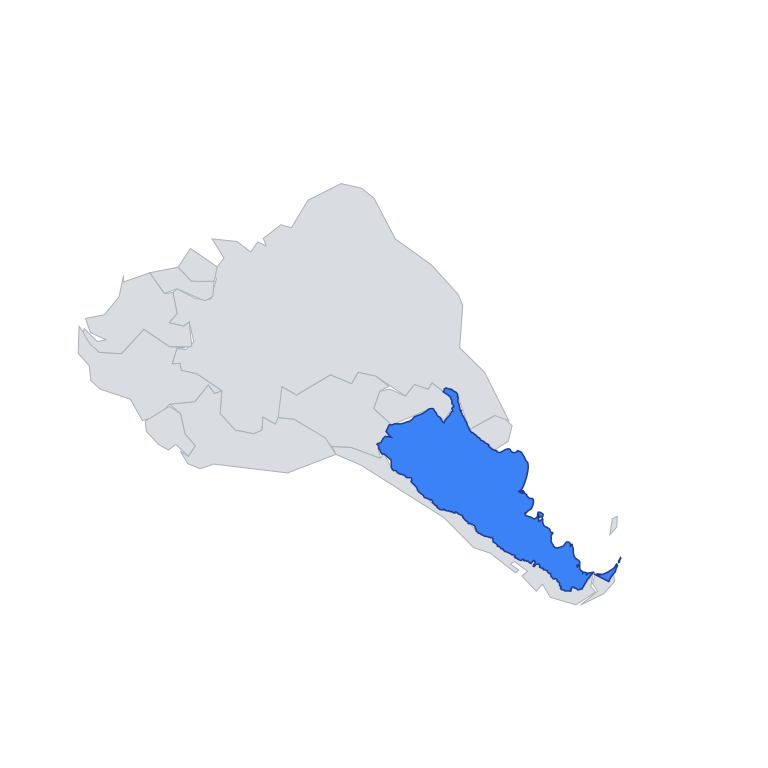 Argentina on a map of South America (Equal Earth projection), rotated 298°
{"feature_id": "ARG", "entity_name": "Argentina", "entity_type": "country or territory", "adm_level": 0, "iso_a3": "ARG", "parent_name": "South America", "parent_adm1": "", "projection": "equal_earth", "projection_center": [-65.46, -38.417], "detail": "fine", "context": "in_parent", "style": "filled", "palette": "blue", "viewbox_px": 768, "rotation_deg": 298, "n_neighbors": 12, "source": "natural_earth", "source_scale": "50m", "svg_char_len": 9890}
<svg xmlns="http://www.w3.org/2000/svg" viewBox="0 0 768 768"><g transform="rotate(298 384 384)"><path d="M314.9,659.8L315.2,675.3L324.5,675.5L318.0,680.3L302.2,676.6L281.0,661.2L301.3,669.8L305.7,661.8L314.9,659.8ZM304.5,367.6L312.5,384.3L316.8,415.7L322.5,416.7L313.0,430.5L314.0,451.7L305.1,465.4L299.8,490.7L304.9,515.0L297.0,535.7L299.3,551.4L291.9,581.4L298.2,601.3L292.6,627.7L286.7,635.7L296.2,655.3L315.2,657.4L302.5,661.6L299.5,668.3L279.1,657.1L273.7,631.0L281.6,617.9L272.5,615.7L279.2,596.0L286.0,598.8L288.5,582.4L284.3,580.3L282.9,590.2L279.0,589.1L284.5,557.2L281.6,539.9L294.1,499.8L301.5,402.4L299.3,374.6L304.5,367.6Z" fill="#d9dde1" stroke="#a8b0b8" stroke-width="1"/><path d="M356.9,654.2L372.2,648.8L376.6,652.0L367.0,656.7L356.9,654.2Z" fill="#d9dde1" stroke="#a8b0b8" stroke-width="1"/><path d="M383.9,480.8L408.2,496.6L411.7,502.5L407.2,516.7L391.7,520.6L377.8,512.6L383.9,480.8Z" fill="#d9dde1" stroke="#a8b0b8" stroke-width="1"/><path d="M410.2,511.4L408.2,496.6L383.9,480.8L410.9,451.9L411.3,444.8L404.8,441.4L407.5,426.0L400.1,425.5L397.8,411.1L383.4,408.7L387.0,373.0L382.2,355.8L369.0,355.4L366.9,332.5L333.1,312.0L333.6,295.2L313.3,306.9L297.5,306.8L297.9,292.6L286.1,297.9L278.9,292.4L273.4,274.3L281.0,253.2L301.8,244.0L305.1,214.2L300.9,198.5L306.5,194.3L302.3,187.5L318.2,184.4L321.5,193.0L332.1,196.2L347.3,182.9L341.0,180.1L337.2,165.5L349.2,168.1L365.7,154.7L370.9,156.5L371.0,177.7L377.6,191.2L398.8,186.5L398.9,180.0L420.1,183.6L431.4,164.1L440.8,187.3L438.0,204.3L450.3,205.8L450.5,215.2L455.9,209.1L476.2,218.2L478.4,228.9L510.5,230.6L540.8,252.0L546.4,272.6L543.3,288.0L517.4,325.9L511.4,370.2L497.9,407.3L490.4,416.6L451.5,433.8L441.6,467.3L410.2,511.4Z" fill="#d9dde1" stroke="#a8b0b8" stroke-width="1"/><path d="M304.6,306.3L333.6,295.2L333.1,312.0L366.9,332.5L369.0,355.4L382.2,355.8L387.0,373.0L384.3,389.4L375.8,383.8L357.7,386.4L351.4,410.1L342.7,407.8L340.0,415.0L327.3,406.3L316.8,415.7L312.5,384.3L304.5,367.6L310.6,321.2L304.6,306.3Z" fill="#d9dde1" stroke="#a8b0b8" stroke-width="1"/><path d="M301.8,244.0L281.0,253.2L273.4,274.3L278.9,292.4L286.1,297.9L297.9,292.6L297.5,306.8L304.6,306.3L310.6,321.2L308.8,357.7L299.3,374.6L260.2,340.6L233.3,271.2L222.8,261.3L221.6,248.1L229.2,235.6L228.3,245.2L240.9,246.3L246.4,231.8L262.3,218.3L265.4,204.1L279.6,225.3L300.7,229.2L296.2,238.8L301.8,244.0Z" fill="#d9dde1" stroke="#a8b0b8" stroke-width="1"/><path d="M322.9,191.8L318.2,184.4L302.3,187.5L306.5,194.3L300.9,198.5L305.1,214.2L301.8,244.0L296.2,238.8L300.7,229.2L279.6,225.3L265.4,204.1L249.2,199.9L238.3,187.7L251.4,167.4L246.3,135.7L249.3,123.6L261.9,115.0L267.4,99.7L291.7,87.7L278.3,117.7L287.5,137.9L319.6,146.3L316.3,177.1L322.9,191.8Z" fill="#d9dde1" stroke="#a8b0b8" stroke-width="1"/><path d="M365.7,154.7L349.2,168.1L337.2,165.5L341.0,180.1L347.3,182.9L326.7,196.8L316.3,177.1L319.6,146.3L287.5,137.9L278.3,117.7L281.2,105.6L287.7,94.8L292.2,93.2L286.9,111.0L292.5,117.8L291.6,100.7L301.8,89.6L313.8,104.6L336.7,109.1L357.5,103.1L351.6,105.9L372.3,125.0L360.9,147.6L365.7,154.7Z" fill="#d9dde1" stroke="#a8b0b8" stroke-width="1"/><path d="M395.0,185.7L381.0,191.7L373.3,186.8L370.9,156.5L360.9,147.6L372.3,125.0L390.6,147.5L384.4,165.4L395.0,185.7Z" fill="#d9dde1" stroke="#a8b0b8" stroke-width="1"/><path d="M409.1,181.8L395.0,185.7L387.6,172.2L384.4,165.4L390.6,147.5L412.8,149.5L409.1,181.8Z" fill="#d9dde1" stroke="#a8b0b8" stroke-width="1"/><path d="M263.5,205.0L262.3,218.3L246.4,231.8L240.9,246.3L228.3,245.2L232.9,228.6L224.5,224.7L224.7,213.5L230.6,196.4L239.2,190.6L263.5,205.0Z" fill="#d9dde1" stroke="#a8b0b8" stroke-width="1"/><path d="M382.2,391.3L383.4,408.7L397.8,411.1L400.1,425.5L407.5,426.0L403.4,449.2L397.2,456.0L378.0,453.7L383.9,436.2L351.4,410.1L357.7,386.4L375.8,383.8L382.2,391.3Z" fill="#d9dde1" stroke="#a8b0b8" stroke-width="1"/><path d="M384.0,480.5L382.2,484.0L382.5,485.1L382.5,486.4L381.9,487.4L382.1,488.5L381.9,489.3L380.8,491.9L381.2,492.9L380.8,494.2L379.8,495.6L379.9,497.8L380.2,498.4L379.4,501.1L379.7,504.5L379.1,505.5L378.3,505.4L378.0,505.8L377.1,510.5L378.0,515.0L377.1,515.8L377.4,517.2L378.5,519.1L383.1,522.0L384.6,523.4L385.4,524.9L385.5,526.1L384.2,527.9L384.0,529.4L384.6,531.4L385.8,532.7L386.6,533.2L387.8,533.1L388.0,533.5L388.2,536.4L388.2,537.3L387.8,538.2L385.3,542.3L383.3,544.8L382.6,546.1L382.3,547.6L381.6,548.3L378.2,550.5L373.0,552.4L367.8,553.8L359.8,555.0L356.8,555.1L355.2,554.8L353.9,554.4L353.1,553.6L352.2,553.5L352.0,553.9L352.4,555.0L352.2,556.3L352.4,557.1L353.9,558.2L353.1,558.2L353.7,558.9L353.4,561.8L352.4,562.4L351.6,564.9L351.5,566.1L351.7,567.0L352.5,568.7L352.2,569.9L351.6,570.5L348.1,572.2L344.0,572.6L343.1,572.6L339.4,570.7L336.5,569.9L336.8,569.4L336.4,569.2L335.1,569.8L334.7,570.4L334.6,572.2L335.4,575.9L335.5,577.3L335.2,579.1L335.6,580.2L337.8,581.5L338.4,581.4L338.5,581.5L338.1,582.2L338.2,582.7L339.1,582.8L341.0,582.5L341.3,581.5L340.1,581.4L340.2,581.1L342.9,580.3L343.6,580.9L343.9,581.6L344.1,582.6L343.9,584.9L343.5,585.8L341.4,586.4L340.8,586.2L339.6,583.9L338.7,583.5L337.7,583.6L336.7,584.4L335.7,584.7L335.4,585.4L337.8,586.6L339.7,587.1L339.0,587.8L336.5,588.8L334.0,591.8L333.7,593.5L334.1,595.6L333.7,596.4L333.9,597.4L333.3,598.9L331.6,600.4L331.3,601.4L331.9,602.0L331.7,603.1L328.4,602.7L326.0,604.4L323.9,605.0L322.0,607.5L320.0,611.1L320.1,612.8L320.6,614.1L325.0,618.4L329.6,619.1L330.4,619.6L331.1,621.0L330.9,622.7L330.2,623.7L328.3,624.6L328.6,624.8L330.0,624.6L330.4,624.8L330.7,625.5L330.1,625.7L327.3,628.5L323.6,630.6L321.1,633.0L319.8,635.2L320.0,635.9L319.3,639.7L318.6,640.6L316.6,641.5L315.3,640.6L314.2,638.9L314.4,639.8L314.3,640.3L312.5,640.8L314.7,640.8L315.7,641.9L312.8,643.6L311.9,645.0L311.6,647.1L310.5,648.2L311.4,648.0L312.2,650.2L312.4,651.3L312.3,652.0L310.0,652.3L311.6,652.8L312.4,652.6L312.8,652.9L316.2,657.4L315.9,657.8L315.8,657.3L311.5,656.2L309.9,656.2L307.2,655.3L295.8,655.0L295.9,654.4L294.1,653.0L293.2,651.9L293.7,650.2L293.7,649.7L293.3,648.7L293.6,648.3L293.8,647.4L293.3,645.7L292.3,645.2L291.7,645.5L290.3,645.5L289.1,646.3L288.7,646.1L287.7,643.4L286.5,641.7L286.2,640.1L286.5,639.3L285.8,637.7L285.9,636.8L286.3,636.3L286.4,635.7L288.3,635.6L288.2,634.8L288.8,633.5L290.5,632.6L291.1,631.8L291.3,630.9L291.1,629.8L291.7,629.0L292.5,628.7L292.8,627.6L292.6,626.7L292.1,626.0L291.5,625.7L291.4,625.0L292.3,622.7L292.3,622.1L293.7,621.0L294.0,620.2L294.8,619.9L294.4,618.5L294.5,617.1L295.9,615.7L295.4,613.2L294.7,612.0L295.8,611.0L296.1,610.4L295.3,609.5L295.3,607.5L295.6,607.1L296.7,607.0L296.8,606.4L297.6,605.6L297.5,604.8L296.0,602.8L293.3,602.3L293.2,601.2L298.0,601.2L298.5,599.6L298.6,599.1L298.2,598.7L294.5,598.2L294.5,596.0L295.2,594.7L294.5,593.3L294.8,592.9L294.7,592.0L293.7,590.8L293.7,590.1L294.6,589.7L294.6,589.2L294.4,588.6L292.7,588.1L292.2,587.3L292.3,585.6L292.1,584.0L292.6,583.1L292.1,581.8L292.2,581.4L292.7,580.6L293.7,580.6L294.3,580.2L294.3,579.8L293.2,576.6L293.5,575.9L293.3,570.5L292.8,569.7L292.9,568.9L293.6,566.8L294.2,566.4L294.2,566.0L293.6,565.2L293.4,564.7L293.5,564.3L294.1,564.0L294.4,563.4L294.5,562.3L293.9,560.3L294.3,560.0L295.0,560.0L295.7,557.4L295.7,554.6L297.7,553.1L298.5,552.9L299.0,551.8L299.1,551.3L298.3,550.5L297.9,547.2L296.9,544.9L296.8,543.8L297.1,542.3L296.6,541.1L297.1,539.5L296.6,537.3L297.3,535.6L297.4,534.6L298.3,533.7L299.3,533.5L299.5,532.6L300.4,531.4L301.1,531.3L301.4,530.7L301.3,529.2L301.5,528.3L301.3,526.2L300.9,524.6L300.5,524.4L300.3,523.9L301.3,523.0L301.9,519.5L303.4,515.9L304.6,515.2L304.3,511.0L304.9,508.2L304.7,507.2L304.2,506.9L303.4,507.1L303.0,506.5L302.9,505.0L303.4,503.8L302.7,503.2L302.3,501.6L302.3,500.3L301.9,499.9L301.2,497.7L301.1,496.6L301.5,496.5L301.7,495.9L301.2,495.2L300.4,494.9L299.5,492.5L299.7,490.3L299.9,488.9L300.2,488.6L300.7,488.6L301.2,487.8L300.9,486.7L302.1,482.7L302.0,482.3L303.4,482.0L304.1,480.4L304.0,479.9L303.4,479.6L303.5,476.9L302.8,473.0L303.0,472.4L304.1,471.1L305.1,465.0L306.2,463.2L306.6,463.1L308.3,460.7L310.3,453.9L311.2,453.5L311.6,453.9L312.0,453.8L312.4,453.3L313.6,452.8L313.8,452.3L313.8,451.5L312.0,447.9L312.1,446.8L313.1,445.1L311.8,439.1L312.2,436.9L313.2,435.6L312.7,434.1L312.0,433.3L312.4,431.5L314.1,429.4L320.1,426.1L322.3,416.9L321.1,415.3L322.0,413.7L322.2,412.8L323.7,411.5L324.3,409.8L326.6,408.9L327.6,406.1L328.4,406.3L330.6,408.7L335.9,408.8L338.5,409.9L340.4,415.3L340.8,413.3L343.1,408.1L350.4,407.8L351.8,410.5L353.5,411.8L354.6,413.4L356.5,417.4L359.3,420.4L361.2,421.9L362.1,422.8L362.4,423.7L365.9,425.5L368.5,425.9L370.0,426.7L374.6,430.9L377.7,432.9L379.0,433.4L380.0,434.4L381.6,434.6L382.7,435.2L383.6,436.0L384.8,437.7L385.1,438.4L385.2,439.6L384.0,441.0L383.0,443.8L381.5,445.3L380.9,447.1L380.9,449.3L379.9,451.0L380.0,451.3L379.2,451.9L378.0,453.7L377.8,454.3L378.0,455.3L380.9,455.0L387.9,456.7L388.8,456.4L390.5,456.9L391.2,456.7L392.3,457.5L392.7,457.3L394.2,455.4L395.6,455.4L396.6,456.2L397.1,456.2L397.7,455.7L398.2,453.9L399.1,452.6L401.1,452.0L402.5,449.9L403.2,449.5L404.3,446.4L404.9,439.9L406.0,440.4L408.0,439.5L409.7,440.8L410.0,443.3L411.0,446.3L410.7,446.8L410.3,450.3L410.5,451.5L409.6,453.6L407.7,455.0L407.4,454.8L406.3,456.3L404.7,456.6L404.0,457.2L402.9,457.4L402.3,458.8L401.5,459.3L401.0,460.2L400.1,460.5L398.5,462.2L396.8,463.2L396.7,463.6L397.0,464.1L397.0,464.7L395.7,464.6L395.6,465.3L393.4,467.9L392.2,470.1L390.6,471.9L388.5,475.4L386.6,477.0L385.3,479.2L384.0,480.5ZM315.1,675.2L314.9,659.9L316.6,661.6L317.1,662.9L316.6,662.5L316.1,662.7L315.6,663.6L315.8,664.2L317.6,664.5L318.5,666.3L322.5,669.6L328.4,673.0L331.1,673.8L333.2,673.7L334.3,674.0L333.4,675.4L332.7,675.6L330.0,675.6L326.9,676.4L323.5,675.5L317.5,674.9L315.1,675.2ZM337.8,674.2L338.4,674.4L341.8,674.3L341.7,674.6L341.0,674.9L339.0,674.8L337.3,675.5L336.6,675.0L337.8,674.2ZM355.0,556.5L355.1,557.0L354.8,557.0L354.0,556.5L353.7,555.8L355.0,556.5Z" fill="#3b82f6" stroke="#1e3a8a" stroke-width="1.5"/></g></svg>